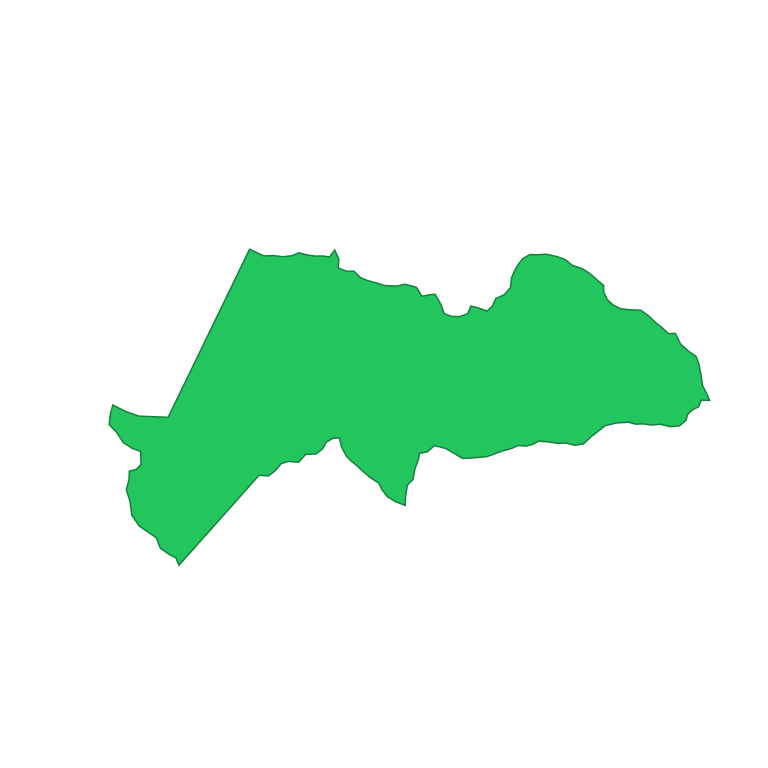 the district of Santa Rosa de Lima, Santa Catarina, Brazil, rotated 150°
{"feature_id": "56859067B20346666539380", "entity_name": "Santa Rosa de Lima", "entity_type": "district", "adm_level": 2, "iso_a3": "BRA", "parent_name": "Brazil", "parent_adm1": "Santa Catarina", "projection": "albers", "projection_center": [-49.198, -28.013], "detail": "fine", "context": "isolated", "style": "filled", "palette": "green", "viewbox_px": 768, "rotation_deg": 150, "n_neighbors": 0, "source": "geoboundaries", "source_scale": "gbopen_adm2", "svg_char_len": 2091}
<svg xmlns="http://www.w3.org/2000/svg" viewBox="0 0 768 768"><g transform="rotate(150 384 384)"><path d="M110.2,207.0L109.3,215.2L108.9,223.6L104.9,233.4L101.3,243.8L100.0,252.0L103.9,260.1L107.2,270.4L106.4,282.2L112.3,285.2L114.9,293.4L118.3,302.1L120.6,310.3L124.6,319.4L134.6,325.8L141.6,331.1L145.9,337.4L148.4,345.3L147.8,353.6L144.6,359.5L147.6,368.3L150.9,377.7L154.8,384.8L161.8,393.0L164.8,401.2L170.1,407.4L178.5,415.3L186.0,418.9L193.0,423.2L201.3,423.2L208.6,420.1L215.0,416.3L220.5,412.2L226.2,404.3L234.9,401.2L244.5,402.1L251.4,397.2L258.2,395.6L264.6,403.1L269.7,408.1L276.3,403.1L284.7,404.5L291.7,408.8L296.6,414.8L294.9,424.9L294.9,436.2L300.8,438.8L307.2,441.0L307.6,451.6L315.9,459.9L324.5,462.6L334.1,468.9L340.4,475.7L346.1,481.3L351.3,488.0L353.6,496.7L359.9,500.2L365.6,507.4L360.7,514.7L359.7,524.7L367.6,521.2L372.9,525.4L379.5,529.1L386.2,534.3L391.9,540.1L399.7,541.1L408.1,544.9L415.6,550.5L424.0,555.0L433.0,567.9L587.6,463.1L612.4,478.8L621.5,489.4L629.4,501.4L636.0,494.7L642.3,486.3L639.7,475.5L639.1,463.9L634.5,454.5L628.5,447.3L634.5,435.9L641.5,433.9L648.1,435.9L652.7,428.6L660.0,421.3L662.7,409.3L668.0,396.5L667.0,383.4L662.4,373.7L658.1,364.6L659.8,353.6L655.1,343.5L651.1,337.5L652.2,329.6L537.9,367.4L529.9,362.1L521.0,363.4L513.0,366.4L505.7,364.9L497.1,358.9L487.1,362.2L477.5,357.3L469.3,358.7L463.2,362.5L455.3,362.5L449.6,359.6L452.3,350.5L452.7,340.4L451.0,333.7L448.6,327.5L445.7,318.3L442.6,309.5L438.1,300.8L438.6,293.1L437.3,284.3L432.7,276.1L426.3,268.2L421.7,275.6L414.4,284.7L406.5,286.9L399.4,295.3L392.6,300.8L387.9,306.1L380.3,303.6L371.0,305.4L362.7,297.2L357.8,288.4L353.0,280.2L345.5,276.3L338.5,273.0L331.5,269.8L324.5,268.4L315.6,267.0L306.5,264.5L298.5,263.6L291.9,259.1L285.3,257.3L278.6,257.2L270.0,251.2L263.0,245.6L256.0,241.9L249.4,235.5L241.2,232.4L230.8,234.8L222.9,235.9L213.2,237.3L201.9,233.9L191.3,228.6L186.3,223.5L179.7,220.0L172.3,214.4L165.0,211.1L157.4,203.9L149.1,200.1L140.8,201.3L136.4,205.8L129.5,207.4L122.8,207.0L117.5,211.4L110.2,207.0Z" fill="#22c55e" stroke="#15803d" stroke-width="1.5"/></g></svg>